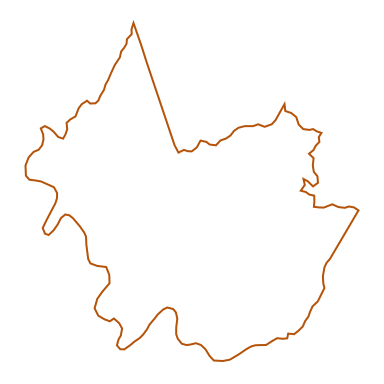 São Pedro do Ivaí, Paraná, Brazil
{"feature_id": "56859067B83474716083544", "entity_name": "São Pedro do Ivaí", "entity_type": "district", "adm_level": 2, "iso_a3": "BRA", "parent_name": "Brazil", "parent_adm1": "Paraná", "projection": "equal_earth", "projection_center": [-51.879, -23.83], "detail": "fine", "context": "isolated", "style": "outline", "palette": "amber", "viewbox_px": 384, "rotation_deg": 0, "n_neighbors": 0, "source": "geoboundaries", "source_scale": "gbopen_adm2", "svg_char_len": 2420}
<svg xmlns="http://www.w3.org/2000/svg" viewBox="0 0 384 384"><path d="M133.5,23.0L131.5,29.4L131.7,34.1L127.0,39.1L126.5,43.8L124.0,48.0L121.1,51.6L119.9,57.3L114.8,65.0L111.0,73.2L108.1,80.1L105.5,84.6L104.0,89.8L100.2,96.0L98.4,100.5L95.4,103.3L90.2,103.5L87.0,100.7L81.6,104.3L78.6,108.4L75.5,116.4L70.2,119.5L66.6,122.8L67.2,129.3L65.4,134.5L63.1,138.6L58.2,137.0L53.6,131.7L49.9,128.6L44.8,126.1L40.8,128.4L43.1,134.2L43.5,139.6L42.1,145.3L38.7,149.7L33.6,151.9L28.7,157.3L25.5,165.5L25.9,175.7L29.4,179.7L35.7,180.5L41.2,181.5L53.9,187.2L57.1,193.0L57.0,198.2L55.3,203.5L51.6,210.4L46.4,220.4L42.7,228.0L45.0,233.7L48.6,235.0L53.6,230.3L57.6,224.6L60.9,218.1L65.3,214.5L69.3,215.3L72.9,218.1L80.0,226.5L84.1,232.4L86.0,236.5L86.4,244.9L88.2,259.0L90.4,263.4L97.1,265.9L101.1,266.4L106.2,267.0L109.3,275.0L109.5,283.3L102.5,291.5L97.3,298.8L94.6,308.3L98.3,315.7L104.5,319.3L109.9,321.3L113.9,318.5L119.1,323.1L122.1,328.5L120.8,335.6L118.6,339.3L116.9,345.3L120.2,349.2L124.2,349.4L130.1,345.3L134.3,341.7L139.4,338.3L143.1,334.6L147.1,329.2L149.5,324.6L155.0,318.1L157.7,314.5L163.3,309.4L167.4,307.5L173.2,309.1L175.9,312.4L177.3,318.7L176.2,327.7L176.2,334.2L177.8,338.8L181.9,343.8L186.4,345.0L190.2,344.6L195.9,343.2L201.0,345.0L205.4,349.2L209.6,355.9L213.8,360.5L222.7,361.0L229.8,359.7L238.4,354.6L246.3,349.2L250.8,346.6L255.2,345.3L259.6,345.1L266.0,345.0L272.6,340.8L277.1,338.2L283.1,338.8L287.2,338.3L288.2,333.6L294.1,334.2L298.4,330.8L302.8,326.5L305.1,321.1L308.3,316.8L310.1,311.7L312.6,306.3L317.8,301.4L324.4,288.1L323.3,283.3L322.9,276.1L324.5,267.2L326.6,262.8L330.1,258.7L332.9,253.9L358.5,210.4L354.0,207.4L349.0,206.5L344.9,207.8L338.5,207.1L332.3,204.3L323.7,207.6L318.7,207.4L313.9,206.8L314.4,201.4L314.2,195.6L309.4,194.6L305.8,192.0L300.8,190.7L304.8,184.9L303.5,179.0L307.7,181.2L313.0,186.4L318.0,182.8L317.4,176.2L313.8,171.8L312.8,165.4L313.6,158.2L309.0,153.7L313.4,150.2L315.7,145.8L319.4,141.9L318.8,137.1L321.4,132.9L316.9,131.4L313.1,129.1L309.4,129.9L303.3,129.1L298.7,124.6L296.3,117.2L291.4,113.1L285.3,111.0L284.5,104.1L275.5,120.2L271.7,124.3L264.6,126.8L258.1,124.3L253.2,126.1L244.8,126.1L238.4,127.8L234.0,130.9L230.5,135.5L225.9,138.6L220.5,140.4L216.0,145.3L209.6,144.5L206.4,141.9L200.5,140.6L196.9,147.3L191.7,151.4L187.9,151.2L183.9,149.9L178.5,152.6L174.6,145.3L154.7,86.2L146.6,62.1L141.1,44.8L133.5,23.0Z" fill="none" stroke="#b45309" stroke-width="2"/></svg>